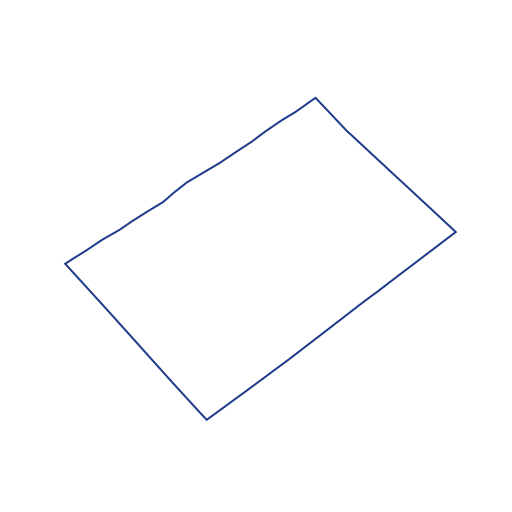 Zandvoort, Noord-Holland, Netherlands, rotated 29°
{"feature_id": "6326949B44029658680347", "entity_name": "Zandvoort", "entity_type": "district", "adm_level": 2, "iso_a3": "NLD", "parent_name": "Netherlands", "parent_adm1": "Noord-Holland", "projection": "natural_earth1", "projection_center": [4.556, 52.36], "detail": "fine", "context": "isolated", "style": "outline", "palette": "blue", "viewbox_px": 512, "rotation_deg": 29, "n_neighbors": 0, "source": "geoboundaries", "source_scale": "gbopen_adm2", "svg_char_len": 2472}
<svg xmlns="http://www.w3.org/2000/svg" viewBox="0 0 512 512"><g transform="rotate(29 256 256)"><path d="M231.4,88.8L228.0,95.6L220.8,110.7L212.7,124.8L203.9,142.3L196.7,158.4L191.0,169.1L187.2,176.4L179.0,192.5L169.9,207.9L161.7,222.0L159.8,225.3L157.4,231.1L153.3,240.8L148.6,253.8L139.8,269.1L130.6,285.9L124.2,298.9L113.6,316.4L111.2,321.0L105.3,332.6L97.3,347.1L92.9,355.3L139.0,370.9L141.1,371.6L143.5,372.4L156.1,376.7L191.5,388.9L222.9,399.8L243.7,407.0L281.0,419.5L282.4,420.0L285.6,421.0L289.0,422.1L291.7,423.0L292.3,423.2L309.7,385.6L310.4,384.2L325.7,350.7L325.9,350.1L334.4,331.6L343.9,309.6L344.4,308.5L356.3,281.1L357.1,279.3L357.2,279.0L357.3,278.8L357.7,277.8L357.7,277.7L360.4,271.6L362.7,266.3L363.9,263.3L364.3,262.5L366.8,256.7L367.2,255.7L367.5,255.0L367.7,254.5L367.8,254.3L368.0,253.9L368.3,253.2L368.5,252.9L368.7,252.2L369.4,250.6L369.9,249.5L370.1,249.0L370.2,248.8L370.3,248.6L370.9,247.3L372.1,244.6L372.2,244.4L372.3,244.1L372.8,243.0L373.1,242.3L373.5,241.4L373.7,240.9L373.9,240.6L374.6,239.0L374.8,238.4L375.1,237.8L375.5,236.9L375.6,236.7L376.0,235.8L376.3,235.2L377.0,233.6L377.2,233.3L377.4,232.9L377.9,231.7L378.4,230.7L378.6,230.3L378.7,230.1L378.8,229.8L379.0,229.4L379.3,228.8L379.4,228.5L379.5,228.4L379.6,228.2L380.0,227.2L380.3,226.5L380.4,226.4L380.8,225.2L381.0,225.0L381.1,224.6L381.6,223.4L381.8,222.9L382.2,222.1L382.4,221.6L382.8,220.6L382.9,220.3L383.0,220.3L383.0,220.2L383.3,219.5L383.6,218.8L384.0,217.9L384.1,217.6L384.6,216.5L385.5,214.4L387.3,210.4L388.7,207.1L390.0,204.2L391.5,200.8L392.9,197.7L393.4,196.4L394.6,193.8L396.7,189.1L398.4,185.2L400.8,179.7L403.2,174.3L404.6,171.2L405.2,169.7L406.9,165.9L417.5,141.7L418.4,139.8L418.6,139.4L419.1,138.2L409.8,135.8L409.6,135.8L408.1,135.4L396.0,132.4L388.9,130.6L375.7,127.4L372.4,126.6L354.0,122.0L347.9,120.5L347.5,120.4L346.8,120.2L344.8,119.8L343.8,119.5L341.9,119.1L334.5,117.3L334.1,117.2L324.4,114.7L320.6,113.8L317.7,113.1L315.5,112.6L311.6,111.6L306.2,110.3L299.6,108.6L298.0,108.2L294.2,107.3L291.9,106.7L291.3,106.6L291.2,106.5L290.6,106.4L290.4,106.3L290.2,106.3L289.7,106.2L289.4,106.1L289.2,106.1L288.3,105.8L287.4,105.6L286.8,105.4L285.5,105.1L285.1,105.0L284.5,104.9L283.9,104.7L282.9,104.5L282.8,104.4L282.7,104.4L282.4,104.3L281.9,104.2L281.7,104.2L280.9,104.0L280.5,103.9L279.8,103.7L279.6,103.7L278.9,103.5L276.6,103.1L269.7,101.0L265.2,99.5L256.6,96.8L246.6,93.6L238.0,90.9L231.4,88.8Z" fill="none" stroke="#1e3a8a" stroke-width="2"/></g></svg>